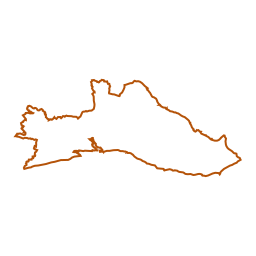 the district of Dundalk-Carlingford Lea-6, Louth, Ireland
{"feature_id": "5873133B30233967473277", "entity_name": "Dundalk-Carlingford Lea-6", "entity_type": "district", "adm_level": 2, "iso_a3": "IRL", "parent_name": "Ireland", "parent_adm1": "Louth", "projection": "equal_earth", "projection_center": [-6.343, 54.045], "detail": "fine", "context": "isolated", "style": "outline", "palette": "amber", "viewbox_px": 256, "rotation_deg": 0, "n_neighbors": 0, "source": "geoboundaries", "source_scale": "gbopen_adm2", "svg_char_len": 5759}
<svg xmlns="http://www.w3.org/2000/svg" viewBox="0 0 256 256"><path d="M22.9,115.3L25.9,119.1L25.9,119.8L25.9,120.1L25.0,119.8L23.1,121.4L23.1,121.9L22.4,122.1L21.0,123.1L21.4,124.9L23.5,126.2L22.2,127.1L22.8,127.5L22.7,127.6L22.2,128.5L21.7,128.8L24.3,131.4L23.7,132.4L25.4,132.7L25.5,133.9L25.1,134.7L23.7,135.0L20.4,133.5L18.9,133.6L18.2,133.9L17.2,133.7L15.4,136.2L17.1,136.2L17.2,136.5L17.6,136.4L17.9,136.7L18.8,136.8L23.2,138.5L24.7,137.8L26.4,138.0L26.9,137.9L28.5,138.6L30.4,138.4L31.2,139.1L31.8,138.8L32.3,138.8L34.4,139.9L35.7,139.4L36.9,139.9L36.1,142.5L36.2,144.8L36.0,146.6L34.7,146.0L34.0,148.1L34.4,148.3L34.3,148.9L35.0,149.3L35.9,149.5L36.3,149.9L37.1,150.1L36.2,151.7L35.0,152.5L34.7,155.2L35.2,155.4L35.0,156.1L32.6,156.5L32.6,157.3L33.4,157.6L33.2,158.2L30.9,159.4L31.0,159.6L28.8,159.6L28.5,161.4L28.1,161.6L27.1,161.4L26.5,161.8L26.6,162.2L26.0,163.3L26.5,163.7L26.5,165.0L25.0,165.8L24.5,166.5L23.9,167.9L24.3,168.9L29.0,167.6L30.9,167.4L32.3,166.6L34.7,165.8L38.2,165.5L46.0,164.0L51.3,162.4L54.7,161.8L60.8,160.1L68.2,159.9L70.3,158.9L72.1,157.5L74.4,156.6L80.6,155.9L80.0,154.8L77.9,153.5L78.4,153.4L77.7,152.4L77.8,151.8L76.1,151.8L74.4,152.2L73.5,152.0L74.1,151.1L74.7,150.9L77.0,150.9L77.9,151.1L77.8,151.3L78.2,151.4L78.9,150.6L79.2,150.9L79.5,150.5L83.3,151.1L84.9,150.7L92.0,151.1L92.2,150.3L92.7,150.1L93.9,150.6L95.2,150.3L98.0,150.5L95.4,150.1L96.0,150.0L95.7,149.8L96.0,149.4L95.6,149.4L95.5,149.0L95.5,148.6L95.8,148.6L95.7,148.3L94.1,147.5L93.4,146.9L93.5,146.5L92.4,145.8L92.1,144.3L93.4,143.8L93.6,143.3L93.2,142.6L92.7,142.3L92.6,141.9L91.7,141.1L91.5,140.6L90.4,140.1L90.4,139.7L90.0,139.7L89.5,139.2L91.5,139.1L91.6,138.3L92.3,137.9L92.8,138.0L92.6,139.0L93.1,139.1L93.3,139.5L93.2,140.0L94.0,141.7L95.9,144.0L95.6,144.8L96.3,146.2L97.6,147.1L99.8,147.8L100.5,147.6L102.4,150.0L102.0,150.3L101.2,150.3L100.6,150.6L100.2,150.6L100.4,150.8L99.8,151.4L100.0,151.9L101.5,151.6L103.4,151.9L103.6,152.2L103.8,151.8L106.7,150.9L109.4,150.9L113.4,150.2L117.8,150.0L118.8,150.2L119.3,150.7L120.5,151.1L122.7,151.1L124.2,151.5L125.4,151.5L126.9,152.2L127.1,152.0L126.9,152.4L127.2,152.3L127.8,153.0L129.6,152.9L131.2,153.5L132.2,154.3L132.4,154.1L132.3,154.3L132.9,154.7L134.4,156.5L137.3,158.6L140.4,159.5L141.6,160.1L142.4,160.9L144.6,161.7L145.9,162.5L146.8,163.5L148.9,163.8L151.4,164.8L154.9,165.4L157.2,168.3L163.5,168.9L164.0,169.5L164.1,170.2L163.9,170.2L164.2,170.3L163.5,170.9L164.2,170.4L169.7,169.2L171.8,169.8L172.6,170.5L173.9,170.6L174.7,170.3L177.2,170.7L178.3,171.5L179.3,171.9L183.1,172.4L184.1,172.9L184.5,173.4L185.8,174.0L187.9,174.2L190.6,174.0L193.3,175.0L195.1,174.8L198.1,174.0L199.8,173.9L201.7,174.4L202.1,174.8L202.1,175.3L202.4,175.6L204.1,175.7L205.7,176.1L208.1,175.5L212.6,173.5L215.3,172.8L218.8,173.1L219.7,174.4L219.9,174.1L219.5,174.0L219.1,173.3L219.9,173.1L221.2,171.4L224.0,168.9L230.0,165.6L232.2,164.9L234.2,163.7L236.7,162.7L237.8,161.4L240.6,159.8L239.7,157.9L238.3,157.4L236.8,156.2L236.4,153.7L235.6,153.4L234.4,153.3L233.8,153.0L231.9,151.1L228.5,148.9L227.5,147.9L226.4,146.1L225.9,144.6L225.5,141.3L226.0,138.5L224.9,137.0L224.6,135.6L223.8,135.4L220.8,137.9L220.7,138.3L218.8,140.0L217.0,140.7L214.9,140.7L211.2,139.6L210.9,139.3L211.3,138.8L210.0,138.7L208.5,137.1L206.2,135.9L205.8,135.2L205.3,135.4L201.3,133.6L200.4,132.2L200.8,131.7L199.6,131.5L198.4,130.1L197.1,130.3L196.0,129.6L197.0,130.4L195.5,131.6L194.4,131.2L193.4,130.0L193.7,129.6L194.6,129.5L193.6,129.5L191.9,127.3L191.1,125.1L190.4,124.1L190.3,123.0L189.9,123.1L189.0,120.8L187.9,119.7L184.7,117.1L183.0,116.5L181.3,115.6L178.4,113.5L176.5,113.0L175.6,112.4L174.2,112.4L172.5,111.6L170.1,111.2L168.7,110.1L167.1,109.4L166.9,108.5L166.6,109.0L166.3,109.0L165.3,107.7L163.3,107.5L161.2,106.4L160.9,105.9L160.1,105.5L159.8,104.9L159.3,104.9L159.7,104.6L158.5,103.6L157.2,101.5L157.1,100.7L156.1,98.7L153.9,97.3L152.5,96.9L151.9,96.3L150.1,92.9L148.7,91.3L148.2,90.3L147.4,90.0L147.3,89.4L146.8,88.8L147.6,88.2L144.8,86.0L142.1,83.2L140.1,81.8L138.2,81.2L136.2,81.4L134.7,80.8L133.9,81.3L132.7,82.8L131.8,83.2L131.1,83.1L130.0,83.3L125.4,84.9L124.5,85.0L124.5,87.3L123.6,89.6L122.1,92.5L120.0,94.2L119.6,95.1L119.8,95.6L119.5,96.1L118.6,96.0L114.2,94.4L112.6,94.3L109.1,93.4L109.0,92.5L109.5,90.1L109.2,88.3L109.7,87.6L109.7,86.6L110.1,86.2L109.5,85.0L109.3,83.9L108.0,83.9L107.1,81.4L106.1,81.7L105.2,81.4L104.4,81.5L104.3,81.0L103.9,80.9L103.7,80.1L101.9,79.9L101.9,80.2L100.0,81.0L99.2,82.2L98.7,82.4L97.9,81.9L97.2,82.0L97.0,81.4L95.1,80.7L94.3,80.5L94.0,80.0L92.1,80.2L92.3,80.8L91.0,82.0L91.7,83.8L91.5,84.8L91.8,85.1L91.6,85.3L91.9,85.6L91.8,86.2L92.6,86.9L92.0,88.3L93.4,90.8L94.5,91.5L94.6,92.3L94.2,92.2L92.3,94.0L93.1,95.1L93.7,96.6L93.8,100.7L94.5,104.2L94.4,106.1L93.8,108.9L91.6,110.6L89.3,110.7L86.9,111.5L86.0,111.0L84.8,111.6L83.7,111.6L82.9,111.8L82.3,112.3L80.4,116.6L79.0,117.4L78.5,118.3L78.0,118.6L77.4,117.6L76.3,116.8L73.1,116.7L71.6,116.2L67.2,116.0L66.5,115.6L65.5,116.0L64.9,116.6L64.7,116.3L63.0,116.1L62.1,117.3L61.1,118.2L60.4,117.5L60.3,117.0L57.9,117.1L56.5,118.9L55.0,118.1L54.4,117.1L53.0,118.9L52.2,119.6L51.5,119.7L50.9,119.2L48.7,120.3L48.8,119.2L47.5,118.9L46.3,117.3L45.9,117.2L45.9,114.9L45.4,115.0L45.1,114.7L45.0,114.4L45.7,114.2L45.2,114.1L45.2,113.4L44.7,113.3L44.7,113.1L45.0,113.1L44.7,112.5L45.0,112.2L44.7,111.8L44.3,111.8L42.8,110.8L42.9,110.2L41.6,109.0L40.1,109.5L39.9,109.9L39.1,110.4L38.2,110.4L37.5,110.0L36.7,108.7L35.7,108.0L34.8,107.9L34.0,108.5L33.0,108.2L30.8,106.3L29.4,105.8L28.7,106.2L28.4,106.0L28.1,106.1L27.8,107.0L27.3,107.4L27.4,108.7L27.1,108.9L27.3,109.4L28.1,110.2L28.9,110.4L28.9,111.2L30.7,111.6L31.9,112.6L33.2,113.1L33.0,113.3L30.0,113.4L28.1,112.8L25.7,113.0L25.4,114.0L22.9,115.3Z" fill="none" stroke="#b45309" stroke-width="2"/></svg>